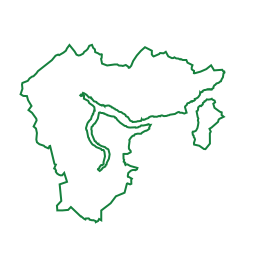 outline of Stranda nor, Møre og Romsdal, Norway, rotated 83°
{"feature_id": "86288312B75373979576065", "entity_name": "Stranda nor", "entity_type": "district", "adm_level": 2, "iso_a3": "NOR", "parent_name": "Norway", "parent_adm1": "Møre og Romsdal", "projection": "albers", "projection_center": [7.009, 62.168], "detail": "fine", "context": "isolated", "style": "outline", "palette": "green", "viewbox_px": 256, "rotation_deg": 83, "n_neighbors": 0, "source": "geoboundaries", "source_scale": "gbopen_adm2", "svg_char_len": 5835}
<svg xmlns="http://www.w3.org/2000/svg" viewBox="0 0 256 256"><g transform="rotate(83 128 128)"><path d="M127.7,105.2L127.7,105.7L127.0,106.7L127.1,107.8L126.8,107.8L127.2,109.6L127.4,112.9L127.1,114.0L127.1,114.7L127.9,115.6L128.2,117.4L128.6,117.9L128.7,119.2L128.6,120.4L128.2,120.6L127.8,125.9L127.4,127.6L126.7,129.0L125.8,129.7L125.5,131.0L121.8,135.1L118.5,137.7L116.6,138.6L116.2,139.6L115.5,139.7L114.9,140.6L114.4,143.0L112.8,146.9L112.5,146.9L110.8,150.1L110.6,150.0L110.0,151.4L109.8,152.9L109.1,153.9L109.3,154.9L115.0,156.8L119.4,160.1L119.4,160.5L121.0,162.4L121.6,162.6L122.5,164.0L125.0,164.6L126.1,164.3L129.6,164.7L137.0,162.6L137.5,161.6L138.4,161.4L140.0,159.9L140.0,159.5L140.3,159.6L140.4,159.1L141.0,158.8L142.7,156.5L144.2,153.1L145.8,151.8L146.2,150.7L147.3,150.0L151.8,149.4L156.2,150.7L159.8,153.2L161.7,153.8L162.0,154.7L163.4,155.2L164.5,158.0L166.0,159.3L167.2,161.3L165.5,162.9L165.1,162.8L164.3,161.3L163.5,161.1L161.7,159.5L161.5,158.7L161.8,158.3L161.5,157.5L160.4,156.5L159.0,156.5L153.4,154.3L148.8,154.3L146.8,155.0L146.7,156.7L145.5,157.3L143.1,161.8L141.5,163.2L140.2,165.1L138.8,166.0L134.8,167.9L133.3,168.0L132.7,168.6L125.3,169.1L124.8,169.6L123.0,169.7L118.5,167.7L117.2,166.7L117.1,166.3L116.2,165.7L114.6,163.6L111.9,162.5L110.7,161.4L109.8,161.2L109.8,160.8L105.6,159.1L105.8,158.9L103.2,158.9L101.5,160.1L98.6,163.4L96.2,164.2L93.5,168.2L90.7,167.7L90.3,168.8L90.6,170.7L89.8,171.4L89.2,170.7L89.6,170.3L89.4,170.0L89.5,169.6L88.4,168.9L88.7,168.8L88.6,168.1L88.0,167.6L90.0,165.1L93.0,163.0L92.9,162.0L94.5,160.6L94.1,160.5L97.3,158.6L98.3,156.2L99.1,155.9L101.7,152.8L102.0,151.6L102.3,151.5L102.2,151.2L102.4,151.2L102.7,149.3L103.2,148.9L102.8,148.9L103.3,148.1L103.2,145.0L103.6,143.6L104.1,143.3L104.8,141.9L105.6,141.6L105.7,140.9L107.0,139.5L107.2,138.8L108.1,138.3L108.9,136.6L110.4,135.3L110.9,134.6L111.5,132.6L113.0,131.2L113.7,129.9L114.8,128.9L116.0,128.6L117.2,126.7L120.9,125.0L121.8,123.5L122.0,122.9L122.6,122.7L122.8,119.0L122.4,117.3L122.6,116.6L122.5,114.1L121.0,113.4L121.6,113.2L121.5,111.6L121.6,111.0L121.8,111.0L121.7,110.3L121.2,109.2L121.0,108.3L120.6,106.5L119.8,105.7L119.3,103.9L119.3,102.3L119.6,101.2L120.1,100.8L120.0,99.8L120.3,98.7L120.3,97.4L119.9,96.2L120.2,94.8L119.9,94.8L119.6,92.8L120.6,90.9L120.7,88.2L120.3,86.7L120.3,85.7L119.9,84.8L119.8,79.7L118.5,76.9L118.3,75.5L119.2,74.5L119.4,72.6L120.5,70.4L120.1,68.7L119.8,68.5L119.8,68.0L114.2,68.9L113.5,68.6L112.2,66.8L110.9,66.2L110.5,65.0L110.6,64.2L109.4,62.5L109.8,61.4L109.3,60.5L109.1,60.6L109.1,59.4L108.4,58.2L107.3,58.2L107.1,56.7L106.1,54.7L103.8,52.6L101.7,52.1L102.1,51.9L101.6,51.5L101.4,50.5L101.2,50.5L100.9,49.5L100.5,49.5L100.0,48.8L99.6,47.4L99.7,46.2L99.2,44.4L99.7,43.9L99.2,42.9L99.8,42.3L100.0,41.2L99.6,41.2L99.8,40.1L99.5,40.1L98.8,38.4L97.3,38.0L96.1,37.0L95.8,36.1L94.6,34.8L94.2,32.5L92.9,30.5L92.9,30.0L91.2,29.2L89.2,27.6L85.6,26.6L84.8,25.5L83.6,25.6L83.5,26.5L81.7,27.4L81.3,35.5L75.9,37.9L79.1,43.1L80.9,49.2L81.8,55.3L81.6,55.9L79.3,55.5L78.2,57.0L77.3,57.6L75.7,57.4L73.5,56.3L70.4,61.0L67.6,61.8L67.2,65.3L66.1,67.0L66.4,67.2L66.1,68.4L65.3,69.3L64.8,71.7L63.5,73.4L64.1,74.4L64.0,75.9L61.8,79.3L57.0,81.2L58.2,83.6L57.5,87.0L58.4,88.1L60.1,93.8L59.5,94.5L57.9,95.4L54.2,94.9L49.9,101.3L53.0,105.8L57.1,110.4L62.1,114.7L66.6,117.2L68.3,119.1L68.3,120.0L67.2,120.3L65.2,122.5L65.8,125.6L65.4,126.5L64.9,129.4L63.6,130.9L63.3,133.5L63.4,141.1L60.9,145.9L56.0,146.3L55.2,145.6L51.8,145.0L51.6,145.2L51.6,147.0L50.2,148.6L48.7,151.3L45.9,151.3L44.2,152.8L41.1,153.6L41.7,156.4L44.6,158.3L45.9,159.9L47.1,162.2L48.7,163.4L49.9,166.5L50.0,168.3L48.9,170.2L45.6,171.6L38.5,176.0L41.6,178.9L43.7,180.2L45.3,182.8L47.3,187.5L46.7,188.2L46.7,188.8L47.4,191.1L51.4,195.3L60.6,210.5L62.5,212.2L65.1,215.5L65.3,217.0L66.8,219.7L69.0,221.7L70.4,227.3L71.9,227.9L76.2,228.0L81.4,230.5L83.4,228.0L84.0,224.4L88.2,223.8L94.4,221.1L98.1,224.6L101.2,221.4L107.6,217.9L109.4,217.8L115.0,221.5L117.3,219.4L121.9,219.0L128.3,220.4L131.1,220.1L133.3,217.9L135.3,213.7L136.5,212.8L138.4,209.7L138.5,209.4L136.4,208.1L136.3,207.5L154.5,205.4L155.4,204.8L155.6,204.1L159.2,206.2L159.8,205.3L161.7,204.6L162.6,205.0L164.6,203.9L165.9,202.4L166.8,200.7L166.9,199.0L164.8,196.8L172.7,195.3L174.0,195.1L175.6,202.7L192.3,203.1L196.4,208.0L201.2,208.2L201.8,203.0L202.0,197.4L199.5,194.3L210.0,185.7L209.9,185.4L213.0,182.4L213.6,181.4L212.7,180.9L212.9,178.2L213.3,177.6L214.3,177.3L215.2,174.9L215.3,173.5L216.5,171.4L217.5,171.4L216.7,169.1L214.8,167.8L216.3,165.8L206.6,164.6L200.6,154.4L194.3,148.3L191.8,139.3L183.2,135.9L182.9,135.3L184.2,132.8L183.8,131.5L179.7,131.1L178.8,130.3L176.6,133.3L176.5,133.9L175.7,134.1L172.7,133.2L170.8,130.5L170.3,128.8L170.3,127.2L170.8,125.8L170.1,124.1L168.8,123.5L166.0,130.3L164.1,132.9L163.9,134.0L164.4,135.0L162.8,135.5L162.0,135.1L160.9,136.4L159.1,135.7L158.1,136.2L153.3,135.7L153.2,135.2L153.7,131.7L152.4,128.3L151.3,128.1L148.7,129.6L146.4,129.4L141.2,128.0L140.1,128.2L138.0,126.4L136.6,124.7L136.2,123.7L136.4,123.1L135.1,121.9L134.8,119.2L135.3,115.7L134.4,114.7L133.4,112.4L132.9,111.0L133.0,110.3L132.5,108.9L131.3,106.9L130.3,107.0L127.7,105.2ZM158.4,53.7L153.5,48.6L143.2,47.4L141.7,46.3L138.7,47.2L137.7,45.0L132.9,37.9L130.9,37.1L130.1,36.2L128.5,31.6L126.5,33.5L123.9,33.1L123.0,34.9L118.5,39.7L114.3,40.4L113.1,38.4L111.4,38.7L109.8,41.1L109.2,41.3L109.6,42.7L109.6,44.9L109.2,46.3L110.4,47.5L110.8,48.8L111.3,48.9L112.3,50.6L113.7,50.9L114.8,52.3L114.5,52.4L114.8,53.2L114.8,53.8L115.1,53.8L115.4,55.0L116.1,55.8L118.2,56.2L119.3,56.8L119.8,57.9L125.7,57.5L127.1,57.0L128.8,57.7L131.1,57.4L133.6,58.1L136.5,59.1L138.9,60.8L139.6,62.6L139.5,64.0L140.1,64.5L142.7,64.5L143.5,63.8L145.0,63.8L146.3,63.1L147.7,62.9L150.9,64.4L152.5,64.4L154.3,59.4L158.1,55.2L158.4,53.7Z" fill="none" stroke="#15803d" stroke-width="2"/></g></svg>